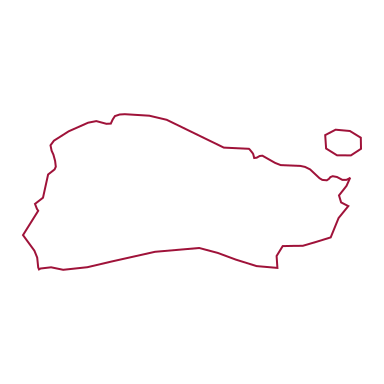 the Department of Grand'Anse
{"feature_id": "HTI-1359", "entity_name": "Grand'Anse", "entity_type": "Department", "adm_level": 1, "iso_a3": "HTI", "parent_name": "Haiti", "parent_adm1": "", "projection": "robinson", "projection_center": [-74.06, 18.515], "detail": "fine", "context": "isolated", "style": "outline", "palette": "rose", "viewbox_px": 384, "rotation_deg": 0, "n_neighbors": 0, "source": "natural_earth", "source_scale": "10m", "svg_char_len": 1123}
<svg xmlns="http://www.w3.org/2000/svg" viewBox="0 0 384 384"><path d="M39.0,269.4L38.2,267.4L37.2,257.6L34.4,250.7L23.0,235.1L38.2,210.8L36.9,208.8L35.0,203.9L43.0,197.7L48.1,174.5L54.6,169.4L55.8,166.7L55.1,160.9L53.4,154.6L51.6,150.7L50.5,145.3L53.9,140.7L68.7,131.3L88.1,122.7L96.3,121.1L106.4,123.8L110.8,123.6L112.7,119.5L114.9,116.1L119.7,114.5L124.8,114.2L149.3,115.7L166.7,119.8L223.8,147.6L248.9,148.8L249.8,149.6L252.6,153.1L253.2,154.1L254.2,158.0L256.7,157.7L259.7,156.0L262.4,155.7L275.1,162.9L280.7,165.1L300.3,165.9L305.0,166.9L310.1,169.4L319.5,178.2L322.3,179.9L326.8,180.3L328.9,178.9L330.4,177.1L332.7,176.2L337.0,177.0L342.4,179.9L346.3,179.9L349.0,178.6L350.2,177.7L346.5,185.9L339.0,195.4L341.1,202.4L348.3,206.1L338.6,218.0L330.7,237.4L316.8,241.7L302.8,245.8L292.7,245.9L282.7,246.1L276.6,256.0L277.4,267.9L256.6,266.1L235.8,259.6L217.7,252.9L199.2,248.0L155.0,251.8L111.2,261.6L87.4,267.2L63.2,269.8L51.1,267.3L40.6,268.5L39.0,269.4ZM325.2,135.1L335.6,129.7L349.9,131.0L360.8,137.7L361.0,148.8L350.9,155.4L337.0,155.3L326.1,148.5L325.2,135.1Z" fill="none" stroke="#9f1239" stroke-width="2"/></svg>